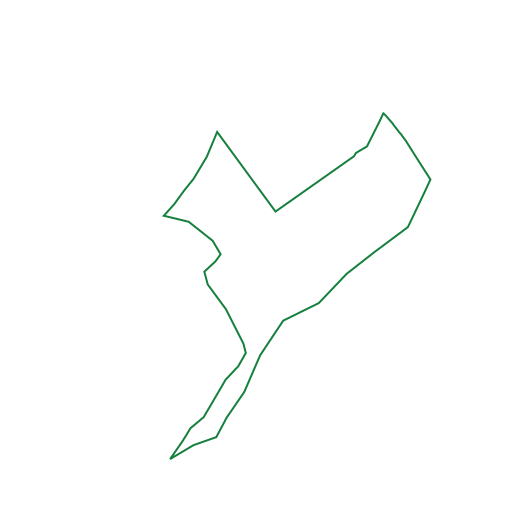 Al Meiram, South Kordufan, Sudan, rotated 234°
{"feature_id": "16777658B70397884779871", "entity_name": "Al Meiram", "entity_type": "district", "adm_level": 2, "iso_a3": "SDN", "parent_name": "Sudan", "parent_adm1": "South Kordufan", "projection": "orthographic", "projection_center": [27.504, 10.327], "detail": "fine", "context": "isolated", "style": "outline", "palette": "green", "viewbox_px": 512, "rotation_deg": 234, "n_neighbors": 0, "source": "geoboundaries", "source_scale": "gbopen_adm2", "svg_char_len": 2582}
<svg xmlns="http://www.w3.org/2000/svg" viewBox="0 0 512 512"><g transform="rotate(234 256 256)"><path d="M132.8,117.4L139.8,131.8L142.6,137.4L143.0,138.7L152.9,166.6L173.2,200.9L180.0,219.2L187.7,240.0L183.7,263.5L182.1,272.7L181.0,279.1L188.3,318.9L189.2,343.7L189.5,353.0L189.6,354.8L189.6,359.1L190.1,395.8L191.2,397.9L192.2,399.8L208.3,429.4L210.8,433.9L212.7,437.3L215.4,442.1L215.5,442.1L218.7,442.3L236.1,443.3L250.3,444.2L260.6,444.9L264.1,444.9L266.4,444.8L266.6,444.8L266.9,444.8L267.9,444.9L269.2,444.9L270.7,444.7L272.1,444.6L273.2,444.6L274.1,444.6L275.0,444.5L277.0,444.5L279.1,444.4L281.0,444.3L282.0,444.4L283.1,444.4L284.4,444.3L289.7,443.8L293.8,443.5L294.8,443.3L296.4,443.0L296.5,443.0L296.6,442.9L292.2,434.9L289.3,429.3L279.9,411.1L279.7,410.9L279.6,410.7L279.5,410.4L279.4,410.1L279.5,409.3L280.6,397.4L279.1,393.9L280.5,297.9L322.8,297.7L379.2,297.5L365.2,274.5L355.1,250.8L351.3,236.7L346.0,220.3L342.7,205.1L323.2,221.7L293.7,229.9L278.2,228.4L275.5,220.1L273.7,205.0L261.3,200.2L230.7,200.4L192.4,194.3L183.5,190.7L183.4,190.4L183.2,189.9L183.0,189.6L182.9,189.2L182.6,188.7L182.5,188.4L182.0,187.3L181.9,187.2L181.7,186.7L181.4,186.1L181.3,185.9L181.0,185.2L180.6,184.3L180.4,183.8L180.3,183.5L180.2,183.4L180.1,183.2L180.0,182.9L179.8,182.5L179.7,182.3L179.6,182.1L179.5,181.9L179.4,181.6L179.3,181.3L179.2,181.2L179.0,180.8L179.0,180.7L178.9,180.6L178.9,180.4L178.6,180.0L178.5,179.7L178.4,179.5L178.4,179.3L178.3,179.2L178.2,179.0L178.1,178.7L178.0,178.4L177.8,178.1L177.7,177.8L177.4,177.3L177.3,176.9L177.2,176.6L177.1,176.2L176.8,174.5L176.2,171.2L176.1,170.9L176.0,170.3L175.3,166.8L175.1,165.7L174.9,164.8L174.7,163.6L174.3,161.7L173.8,158.7L166.6,142.4L164.5,137.5L164.0,136.3L163.8,136.0L159.3,125.6L156.5,119.2L156.3,118.8L156.3,117.5L156.1,114.9L155.9,112.9L155.9,112.3L155.7,109.1L155.6,108.0L155.6,107.5L155.4,105.8L155.4,104.3L155.2,101.9L154.5,100.0L154.2,99.5L154.0,99.0L153.4,97.5L153.4,97.4L153.0,96.6L152.4,95.1L151.8,93.7L151.4,92.8L151.4,92.7L151.2,92.2L150.9,91.5L150.8,91.1L150.7,90.9L150.6,90.7L150.4,90.2L150.3,89.9L149.9,89.0L149.7,88.6L149.5,88.0L149.4,87.9L149.3,87.5L149.3,87.4L149.1,87.0L148.8,86.0L148.5,85.3L148.4,84.9L148.3,84.7L148.0,83.8L148.0,83.7L147.8,83.1L147.7,83.0L147.6,82.8L147.4,82.2L147.3,81.8L146.9,80.6L146.6,79.8L146.5,79.4L146.1,78.3L145.8,77.6L145.7,77.1L145.6,76.9L145.4,76.3L145.3,76.0L145.3,75.9L145.1,75.6L145.1,75.4L145.0,75.1L144.8,74.5L144.4,73.6L143.5,71.0L143.5,70.9L143.1,69.6L142.9,69.0L142.5,68.1L142.2,67.1L139.7,94.3L132.8,117.4Z" fill="none" stroke="#15803d" stroke-width="2"/></g></svg>